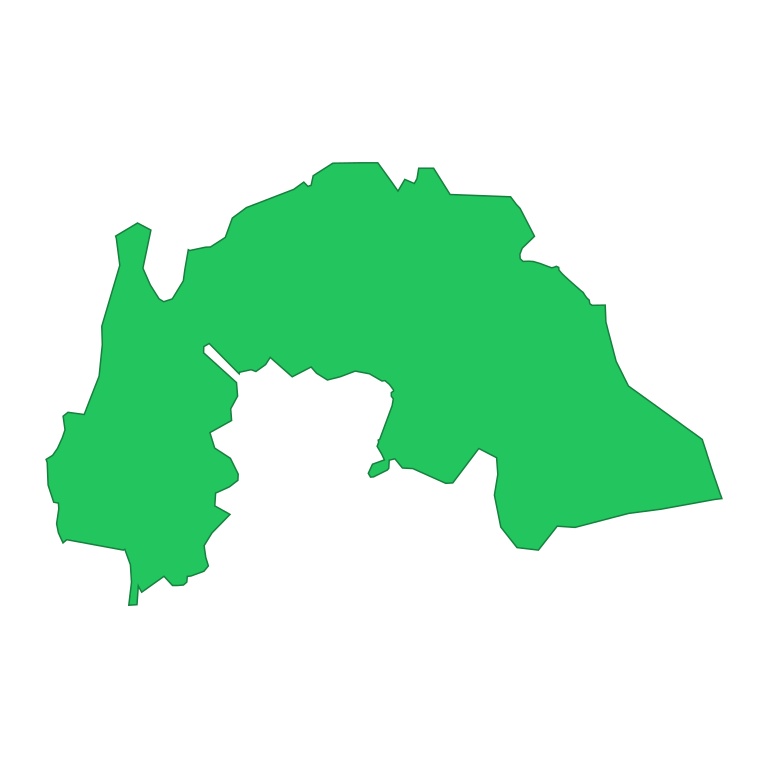 Bara, North Kordufan, Sudan
{"feature_id": "16777658B73241781951906", "entity_name": "Bara", "entity_type": "district", "adm_level": 2, "iso_a3": "SDN", "parent_name": "Sudan", "parent_adm1": "North Kordufan", "projection": "mercator", "projection_center": [31.071, 14.012], "detail": "fine", "context": "isolated", "style": "filled", "palette": "green", "viewbox_px": 768, "rotation_deg": 0, "n_neighbors": 0, "source": "geoboundaries", "source_scale": "gbopen_adm2", "svg_char_len": 3268}
<svg xmlns="http://www.w3.org/2000/svg" viewBox="0 0 768 768"><path d="M605.2,305.1L599.8,305.2L592.1,305.3L589.8,303.7L589.2,300.1L586.7,297.8L584.9,295.3L583.2,292.5L580.0,289.9L568.6,279.8L564.8,276.3L562.1,273.7L559.0,270.1L558.7,267.4L556.3,266.3L554.4,267.1L551.7,267.8L546.7,266.0L540.2,263.5L533.3,261.5L528.7,261.2L523.0,261.4L520.2,258.7L519.9,254.3L522.2,248.2L534.5,236.3L520.1,208.4L516.3,204.4L510.6,196.8L450.1,194.5L433.6,168.2L418.7,168.2L417.0,178.6L414.3,183.5L404.8,179.4L398.0,191.1L391.8,182.2L377.8,162.8L361.3,162.8L332.8,163.2L313.2,175.7L311.1,185.3L307.9,186.4L303.8,182.1L293.7,189.4L246.4,207.6L235.5,215.7L232.3,218.1L225.3,237.4L210.4,247.0L205.4,247.2L189.8,250.5L188.3,249.7L184.9,269.2L183.3,280.9L172.3,298.9L163.7,301.7L159.1,298.9L150.3,285.0L142.9,268.2L150.9,230.1L137.5,223.0L115.6,236.1L116.3,238.2L119.8,265.3L101.8,326.2L102.3,344.7L99.1,376.2L90.4,398.4L84.2,414.5L68.0,412.3L63.1,416.2L65.0,429.8L62.3,437.8L57.5,448.4L52.6,455.4L46.1,459.4L47.2,462.5L48.1,485.1L53.7,502.2L58.4,503.1L58.8,508.8L56.6,523.7L58.4,532.8L60.4,537.3L63.0,542.9L66.8,539.7L123.3,550.1L124.8,549.3L130.4,564.7L131.5,582.1L131.5,582.3L128.8,605.2L137.0,604.7L138.3,586.0L139.1,587.6L141.7,592.2L164.0,576.3L172.5,585.5L177.5,585.5L183.5,585.0L186.8,582.1L187.3,576.4L191.0,576.0L204.0,571.2L208.4,565.9L205.8,557.5L204.1,545.7L211.9,533.0L230.0,514.4L214.8,505.9L215.6,493.1L229.5,486.8L237.9,480.3L238.2,474.1L230.4,458.3L214.7,448.1L209.9,432.6L231.6,420.5L230.7,408.8L237.6,396.1L236.5,382.6L203.6,352.8L203.8,346.6L209.2,343.5L239.2,373.9L239.7,372.2L251.1,369.7L255.9,371.5L265.6,364.6L270.2,357.4L292.2,376.8L311.1,367.0L316.5,373.2L327.4,380.0L340.4,376.7L355.2,371.1L369.5,373.8L381.9,381.0L384.9,380.6L389.4,384.4L393.5,389.9L393.5,391.1L391.3,392.6L391.3,396.2L393.3,398.8L392.1,405.8L379.7,439.4L378.2,440.1L378.6,442.3L377.1,446.3L381.8,454.3L384.4,459.9L372.5,464.2L368.3,473.3L370.5,477.1L373.5,476.9L387.4,470.0L388.8,468.2L389.2,460.2L394.9,458.8L402.4,468.0L412.9,468.6L445.7,483.3L452.8,482.9L478.8,448.5L496.6,457.7L497.8,474.4L494.4,495.1L500.8,527.1L517.0,547.6L526.5,548.7L538.4,550.1L557.2,526.2L575.1,527.4L610.9,518.0L628.7,513.4L661.6,509.1L669.2,507.7L693.6,503.3L713.8,499.6L715.8,499.3L719.2,498.9L720.7,498.7L721.9,498.6L721.8,498.3L720.8,495.4L720.4,494.5L717.4,485.7L715.2,479.3L714.9,478.6L714.4,477.0L714.0,475.8L713.1,473.3L712.7,472.0L712.3,470.8L710.9,466.6L710.7,465.9L709.5,462.0L709.2,461.3L709.2,461.1L708.7,459.7L708.5,458.9L707.8,456.8L707.2,455.0L706.9,454.1L706.7,453.2L705.6,449.8L705.0,448.0L703.6,443.7L702.9,441.5L702.2,439.4L701.1,438.6L700.7,438.3L699.8,437.6L699.1,437.1L696.1,434.9L689.7,430.3L687.4,428.7L683.7,426.0L681.4,424.3L676.1,420.4L675.6,420.1L672.0,417.5L667.1,413.9L665.1,412.5L661.4,409.8L657.4,406.9L652.4,403.3L652.1,403.1L648.5,400.5L647.5,399.8L639.8,394.2L632.4,388.9L629.0,386.4L628.4,386.0L627.2,383.5L624.0,377.2L623.5,376.1L620.7,370.4L619.2,367.5L616.3,361.7L616.1,361.2L615.8,360.2L615.2,357.7L613.6,351.8L613.6,351.6L612.5,347.4L611.5,343.7L610.9,341.2L610.0,337.9L609.7,336.7L608.2,331.1L607.7,329.0L606.8,325.5L606.6,324.6L606.4,323.9L606.3,323.5L606.0,322.5L605.9,322.1L605.9,321.7L605.5,312.0L605.2,305.1Z" fill="#22c55e" stroke="#15803d" stroke-width="1.5"/></svg>